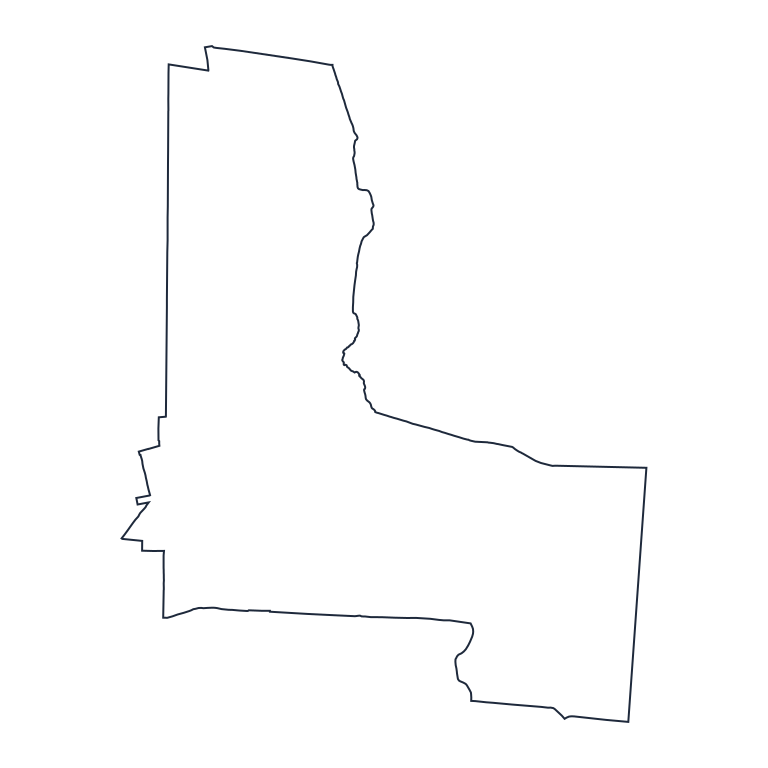 outline of Gradinari, Olt, Romania
{"feature_id": "2599482B30004072712987", "entity_name": "Gradinari", "entity_type": "district", "adm_level": 2, "iso_a3": "ROU", "parent_name": "Romania", "parent_adm1": "Olt", "projection": "albers", "projection_center": [24.282, 44.569], "detail": "fine", "context": "isolated", "style": "outline", "palette": "slate", "viewbox_px": 768, "rotation_deg": 0, "n_neighbors": 0, "source": "geoboundaries", "source_scale": "gbopen_adm2", "svg_char_len": 6078}
<svg xmlns="http://www.w3.org/2000/svg" viewBox="0 0 768 768"><path d="M628.3,721.9L646.4,467.8L555.4,465.7L552.5,465.9L550.0,465.3L541.0,463.0L535.6,460.9L522.7,453.5L521.8,453.1L521.1,452.6L519.2,451.8L517.5,450.8L515.0,449.1L513.0,447.4L512.1,446.9L502.8,445.1L498.2,444.1L496.7,443.9L493.8,443.2L489.9,442.7L488.5,442.6L487.5,442.3L475.2,441.7L471.2,440.8L469.5,440.3L468.4,439.7L467.8,439.7L466.5,439.4L463.4,438.6L459.4,437.3L453.9,435.7L451.2,434.8L448.7,434.1L444.7,432.8L442.1,432.1L439.3,431.0L434.5,429.7L432.2,429.0L429.3,428.0L424.5,426.9L415.8,424.5L412.7,423.8L406.3,421.4L403.5,420.7L397.0,418.7L393.9,417.9L391.1,417.0L389.6,416.6L386.7,415.6L384.2,414.9L378.2,413.0L377.2,412.8L375.3,412.1L375.1,411.8L375.2,411.4L375.1,411.0L374.6,410.2L373.5,409.2L372.3,408.5L371.7,407.8L371.2,406.3L370.8,404.5L370.1,403.2L369.4,402.3L367.2,400.6L366.1,399.3L365.9,398.7L365.7,397.9L365.5,395.9L365.2,394.4L364.6,392.5L364.1,390.4L364.1,389.8L364.2,389.4L364.3,389.2L364.6,389.1L364.9,388.8L365.1,388.2L365.2,387.1L364.8,385.7L363.9,383.6L363.8,383.0L364.0,381.5L363.9,380.9L363.7,380.3L363.3,379.7L361.4,378.2L360.4,377.0L359.8,376.5L359.2,375.8L359.2,375.5L359.6,375.5L359.8,375.3L359.8,375.1L358.6,373.3L357.7,372.3L356.8,371.9L355.9,371.9L354.6,372.5L353.2,371.5L351.3,370.8L350.8,370.4L349.2,368.5L348.6,367.9L347.6,367.3L347.1,366.8L346.9,366.2L346.8,365.8L346.5,365.2L346.1,365.0L345.5,364.8L344.9,364.8L344.6,365.1L344.0,364.9L343.8,364.7L343.7,364.3L343.8,362.4L343.6,362.1L343.1,361.6L342.4,360.6L342.3,360.3L342.3,359.9L342.4,359.4L342.7,358.9L342.8,358.0L342.9,357.6L343.7,355.9L344.3,353.8L344.3,353.5L344.2,353.3L344.1,353.2L343.6,353.2L343.3,352.9L343.2,352.6L343.2,352.0L343.4,351.2L344.0,350.4L344.9,349.5L345.6,349.2L346.2,348.7L346.9,347.8L347.3,347.4L347.8,347.4L348.5,347.0L349.0,346.2L349.8,345.7L350.4,344.9L350.8,344.5L351.3,344.4L352.0,344.0L353.0,343.2L353.5,342.5L354.1,341.4L354.1,341.0L354.6,340.8L354.7,340.6L354.7,340.2L355.1,339.7L355.1,339.4L354.9,338.6L355.0,338.2L356.5,336.7L356.9,336.1L357.1,335.4L357.4,334.2L357.9,333.3L358.1,332.4L358.8,330.9L358.8,329.6L358.5,328.7L358.4,328.2L358.5,327.1L358.8,325.6L358.8,324.8L358.2,320.9L357.9,320.0L357.4,319.1L357.3,318.8L357.3,317.5L357.1,316.9L355.8,314.3L355.4,313.9L354.3,313.5L353.5,313.0L353.1,312.3L352.9,311.3L352.9,307.2L353.2,302.4L353.3,296.9L354.5,285.1L355.2,280.0L355.9,275.4L356.1,271.8L356.6,269.1L357.1,267.1L357.2,264.9L356.8,263.1L357.1,262.4L357.5,259.0L357.8,256.7L358.3,254.3L359.0,251.6L359.6,248.3L360.2,245.9L361.0,243.8L361.6,241.3L363.1,238.4L363.7,237.3L364.3,236.8L367.0,235.2L369.6,232.4L371.6,230.0L372.8,228.8L372.9,227.0L373.0,226.3L373.5,225.3L373.7,224.2L373.6,222.6L373.1,220.9L372.8,219.3L372.2,215.2L371.8,213.5L371.5,210.9L371.4,210.0L371.5,209.0L371.9,208.3L372.8,207.2L373.2,206.6L373.5,205.7L373.4,204.9L372.8,203.4L371.8,200.1L371.3,196.9L370.8,195.4L369.8,193.2L368.8,191.5L368.4,191.0L367.4,190.5L366.7,190.2L364.2,190.0L362.9,190.1L360.3,189.5L359.0,189.1L358.6,188.8L358.0,188.3L357.7,187.5L357.5,186.8L357.4,185.0L357.3,184.6L357.3,182.6L357.1,182.0L357.0,181.2L356.5,178.8L356.4,177.4L355.6,172.6L355.5,171.3L355.3,169.4L354.5,165.0L353.6,161.5L353.2,159.3L353.1,158.7L353.2,158.0L353.3,157.3L353.9,156.4L354.1,155.9L354.3,154.8L354.6,153.2L354.6,152.0L354.3,150.4L354.3,149.2L354.0,147.6L354.0,146.1L354.8,142.6L355.0,141.4L355.2,140.7L357.0,139.3L357.4,138.4L357.5,137.4L357.4,137.1L356.6,135.4L355.5,134.0L354.7,133.0L353.9,131.4L353.7,130.6L353.4,128.2L352.9,126.2L352.2,124.3L351.7,123.4L349.8,118.9L349.4,117.2L348.4,114.3L347.8,112.2L346.1,107.7L344.0,100.2L343.5,99.2L343.0,97.8L341.9,93.7L341.0,91.4L340.7,90.4L339.4,86.5L338.3,84.3L338.1,83.8L338.1,82.7L337.8,81.6L337.1,80.0L336.7,79.0L336.2,77.1L335.3,74.6L335.1,73.6L334.6,72.2L333.5,68.9L333.1,67.9L332.5,66.0L332.5,64.9L330.8,64.9L328.6,64.6L310.7,61.4L292.3,58.5L240.5,50.8L224.7,48.8L216.3,47.9L213.8,47.5L212.0,46.1L204.9,47.3L207.4,60.0L208.4,70.2L208.3,70.6L168.7,64.4L168.5,73.0L168.4,93.5L168.3,98.7L168.4,110.5L168.3,111.1L168.1,151.4L168.0,162.6L167.8,206.8L167.6,217.3L167.6,240.3L167.3,252.0L166.9,298.9L166.9,306.8L165.9,416.3L165.8,416.7L158.8,417.3L158.4,428.5L158.5,440.3L159.2,441.1L159.2,443.8L159.4,445.8L148.4,449.0L148.3,448.9L147.9,449.0L138.8,451.6L139.7,454.9L139.9,455.0L140.5,455.0L140.6,455.6L141.7,459.0L142.2,461.0L142.5,463.9L143.4,468.4L144.9,473.0L145.5,475.4L145.9,477.8L146.7,481.1L147.4,485.0L147.7,486.0L148.5,489.5L150.1,495.2L149.6,495.5L136.3,498.0L136.7,499.9L137.6,504.5L148.7,502.4L146.3,505.6L145.9,506.6L145.5,507.2L144.6,508.3L140.3,512.9L139.6,514.0L138.8,515.5L138.4,516.4L135.4,519.7L133.2,522.6L129.7,527.5L128.3,529.5L124.5,534.7L121.6,538.4L122.3,538.9L142.2,540.9L142.1,550.7L153.3,551.0L164.0,550.9L163.6,555.5L163.6,561.9L163.6,568.1L163.7,569.9L163.7,572.4L163.8,575.0L163.8,577.9L163.9,580.3L163.7,583.3L163.8,587.8L163.8,589.7L163.7,590.3L163.2,617.7L167.3,617.8L172.6,616.3L177.6,614.5L183.8,612.8L189.4,611.0L191.4,610.2L193.3,609.2L195.6,608.8L198.6,608.0L201.3,607.9L203.4,608.2L207.6,607.9L212.5,607.7L214.9,607.8L217.2,608.1L221.6,609.1L228.6,609.8L232.4,609.9L239.0,610.5L247.1,611.0L248.0,610.9L248.8,610.3L262.0,610.8L269.9,610.8L269.9,611.7L274.7,612.0L306.9,613.9L331.5,615.1L354.9,616.2L356.8,616.0L357.3,615.9L358.9,615.7L360.1,615.7L361.7,616.4L365.3,616.5L370.6,617.1L382.0,617.2L394.7,617.7L407.4,618.0L415.8,617.9L430.3,618.8L438.9,619.9L443.4,620.3L449.4,620.3L470.6,623.4L472.2,626.7L473.0,629.0L473.2,631.6L473.0,633.7L472.2,636.6L470.0,641.8L468.2,645.4L465.8,649.3L463.8,651.5L461.5,653.3L458.5,654.7L457.0,656.4L456.4,657.7L455.5,659.3L455.4,661.8L455.7,665.2L456.4,668.4L456.8,671.3L457.0,673.4L457.9,678.9L458.9,680.5L460.2,681.3L463.1,682.5L465.0,683.5L466.1,684.3L467.0,685.5L469.5,689.8L470.9,692.5L471.1,694.2L471.3,697.6L471.2,700.9L475.3,701.1L486.4,702.3L493.1,702.8L512.8,704.6L541.2,706.9L548.1,707.7L550.6,707.6L553.3,708.1L554.7,709.0L561.8,715.6L564.6,718.8L566.6,717.6L569.0,716.6L571.3,716.3L574.1,716.4L606.1,719.9L628.3,721.9Z" fill="none" stroke="#1e293b" stroke-width="2"/></svg>